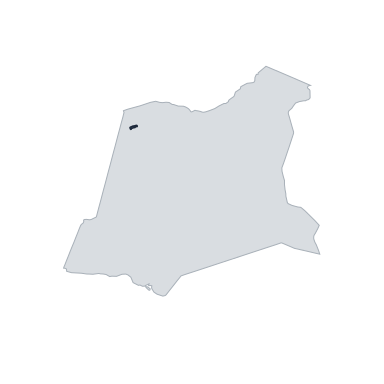 location of South Mugirango, Nyanza, Kenya, rotated 72°
{"feature_id": "3690345B2420334970551", "entity_name": "South Mugirango", "entity_type": "district", "adm_level": 2, "iso_a3": "KEN", "parent_name": "Kenya", "parent_adm1": "Nyanza", "projection": "natural_earth1", "projection_center": [34.664, -0.838], "detail": "fine", "context": "in_parent", "style": "filled", "palette": "slate", "viewbox_px": 384, "rotation_deg": 72, "n_neighbors": 0, "source": "geoboundaries", "source_scale": "gbopen_adm2", "svg_char_len": 3781}
<svg xmlns="http://www.w3.org/2000/svg" viewBox="0 0 384 384"><g transform="rotate(72 192 192)"><path d="M93.5,232.1L93.4,227.2L94.0,214.8L93.9,203.9L94.5,198.5L96.8,195.0L97.9,192.5L98.6,189.0L99.8,186.1L102.6,183.8L103.1,182.5L106.0,178.6L107.8,173.6L109.1,171.9L110.7,170.4L111.9,169.5L113.8,168.7L115.3,168.3L115.6,167.9L115.7,167.0L115.2,163.9L115.9,162.9L116.9,160.9L118.1,158.9L119.1,157.7L119.7,156.5L120.0,154.3L120.0,152.7L120.0,150.2L119.7,144.5L118.5,139.7L117.7,134.3L118.3,132.5L117.3,129.4L116.8,129.2L116.0,128.5L115.0,125.6L114.2,122.9L113.7,122.2L110.4,119.8L108.8,114.2L106.9,113.0L105.9,107.4L105.7,105.9L106.8,100.3L106.7,99.1L105.6,97.9L102.5,96.7L100.0,94.4L100.3,93.6L100.5,92.8L99.1,92.2L95.3,82.8L100.3,77.1L105.3,71.3L111.7,64.0L117.6,57.3L122.7,51.5L127.2,46.4L127.1,47.4L127.1,48.7L127.7,49.5L128.6,50.0L129.9,49.4L131.0,48.6L132.1,48.5L139.0,50.6L140.1,52.5L140.0,54.5L140.3,56.0L139.8,57.4L139.2,61.9L139.4,66.0L141.5,69.0L143.3,71.3L144.7,74.7L145.8,75.7L147.3,76.2L152.0,76.3L158.9,76.6L165.6,76.8L166.2,76.8L167.6,77.3L173.8,81.8L179.4,85.9L184.2,89.5L188.8,92.9L193.3,96.3L196.8,99.1L200.2,100.0L205.8,100.4L209.7,100.5L213.3,101.7L218.6,102.8L222.6,103.3L225.0,104.0L231.6,104.6L232.7,104.2L235.6,101.1L238.9,96.1L240.2,93.3L244.4,90.6L251.9,86.7L257.1,84.0L263.0,81.3L265.6,83.6L269.3,87.4L270.9,89.3L272.2,90.1L274.2,90.7L276.6,90.7L278.0,90.6L280.7,90.1L287.0,89.7L290.6,89.7L287.6,94.7L283.9,100.8L277.3,111.9L272.2,117.7L268.3,122.2L267.9,123.0L268.0,127.9L268.0,139.9L268.1,164.0L268.2,188.1L268.3,212.2L268.3,224.3L268.4,228.3L271.7,233.4L275.0,238.3L279.4,244.9L281.8,248.4L282.2,249.6L282.0,251.9L278.4,256.8L275.5,259.1L271.5,260.1L270.3,259.9L268.7,259.2L268.1,260.4L267.7,262.2L266.8,261.8L266.1,261.3L266.5,264.6L266.9,266.2L266.3,268.3L264.4,270.2L264.2,271.8L260.0,276.0L254.1,276.5L251.0,278.6L249.6,280.3L248.6,284.0L248.9,289.8L247.3,294.2L247.0,296.4L243.9,299.2L242.5,301.9L241.5,304.5L240.7,305.7L239.6,311.7L238.2,315.3L237.8,316.5L237.4,317.6L236.3,319.8L235.6,321.2L235.1,322.2L231.5,331.5L228.7,335.7L226.4,335.2L225.0,336.8L224.8,337.6L224.0,337.2L222.2,335.6L218.4,332.5L214.6,329.3L210.8,326.2L207.0,323.0L203.3,319.8L199.5,316.7L195.7,313.5L191.9,310.4L189.7,308.5L188.7,307.4L187.9,305.2L187.5,304.7L186.5,304.0L185.4,303.8L185.0,303.4L185.0,302.4L185.4,300.9L186.8,298.0L187.0,296.3L186.7,294.3L186.3,291.2L185.9,290.5L183.4,288.9L178.1,285.5L172.9,282.1L167.6,278.7L162.3,275.3L157.1,271.9L151.8,268.5L146.5,265.1L141.3,261.7L136.0,258.3L130.7,254.9L125.5,251.5L120.2,248.1L114.9,244.7L109.7,241.3L104.4,237.9L99.1,234.4L97.1,233.2L95.4,232.1L93.5,232.1ZM268.7,265.2L267.8,265.4L268.3,263.8L271.0,261.7L272.1,262.1L272.3,262.6L272.2,263.1L271.8,263.5L268.7,265.2Z" fill="#d9dde1" stroke="#a8b0b8" stroke-width="1"/><path d="M112.9,228.9L112.9,228.7L112.9,228.4L112.9,228.2L112.8,227.9L112.8,227.7L112.7,227.4L112.6,227.2L112.8,227.0L112.8,226.9L113.0,226.8L113.1,226.7L113.1,226.4L113.0,226.2L112.9,226.1L112.8,225.9L112.7,225.7L112.7,225.4L112.7,225.2L112.6,224.9L112.6,224.7L112.7,224.4L112.7,224.2L112.8,223.9L112.7,223.8L112.4,223.8L112.2,223.8L111.9,223.7L111.5,224.0L111.4,224.3L111.4,224.5L111.4,224.8L111.3,225.0L111.3,225.4L111.3,225.5L111.3,225.9L111.3,226.0L111.3,227.0L111.2,227.3L111.2,227.5L111.1,227.4L111.0,227.5L111.0,227.8L111.0,228.0L111.1,228.3L111.1,228.5L111.1,228.8L111.1,229.0L111.2,229.3L111.2,229.5L111.3,229.7L111.3,229.8L111.3,230.0L111.2,230.2L111.2,230.3L111.3,230.4L111.3,230.5L111.4,230.8L111.5,230.9L111.5,231.0L111.8,231.0L112.0,231.0L112.3,231.2L112.5,231.2L113.1,231.1L113.5,230.9L113.5,230.7L113.4,230.7L113.4,230.4L113.2,230.3L113.2,230.2L113.0,229.9L112.9,229.8L112.9,229.7L112.8,229.4L112.8,229.2L112.9,228.9Z" fill="#64748b" stroke="#1e293b" stroke-width="1.5"/></g></svg>